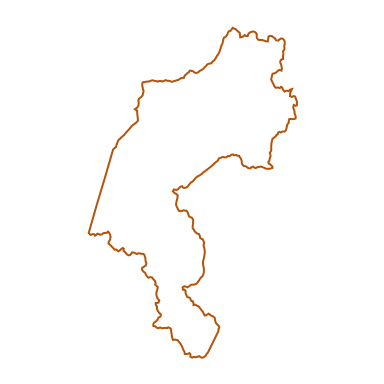 the district of Nova Venécia, Espírito Santo, Brazil, rotated 182°
{"feature_id": "56859067B73479400955028", "entity_name": "Nova Venécia", "entity_type": "district", "adm_level": 2, "iso_a3": "BRA", "parent_name": "Brazil", "parent_adm1": "Espírito Santo", "projection": "equal_earth", "projection_center": [-40.551, -18.657], "detail": "fine", "context": "isolated", "style": "outline", "palette": "amber", "viewbox_px": 384, "rotation_deg": 182, "n_neighbors": 0, "source": "geoboundaries", "source_scale": "gbopen_adm2", "svg_char_len": 6028}
<svg xmlns="http://www.w3.org/2000/svg" viewBox="0 0 384 384"><g transform="rotate(182 192 192)"><path d="M140.0,353.3L141.3,351.7L141.8,349.8L143.2,349.7L144.9,350.7L146.3,349.2L147.4,348.5L149.2,348.3L149.9,352.8L151.4,353.8L154.0,356.2L155.7,356.8L157.0,357.5L158.1,355.9L159.2,354.4L160.7,353.9L161.6,352.7L162.2,350.5L163.8,348.2L165.5,347.4L166.0,345.6L166.8,341.2L167.8,339.2L168.9,334.5L170.5,330.7L171.8,328.9L172.9,326.7L174.2,324.5L176.0,323.1L177.1,321.3L178.4,321.1L179.6,320.8L181.0,320.2L182.3,318.6L183.9,316.9L184.8,315.7L185.8,314.9L188.3,313.4L190.2,311.7L191.9,311.1L193.9,311.6L195.0,312.7L198.3,313.3L199.4,311.6L200.7,310.6L202.1,309.3L203.4,307.9L204.1,305.8L205.7,305.7L207.3,305.2L208.6,304.2L209.8,303.5L214.4,302.0L215.6,301.4L218.8,302.3L220.8,302.3L222.3,302.9L224.0,302.0L225.7,301.3L227.0,301.9L228.6,301.8L230.0,301.1L231.4,301.6L233.3,301.8L235.4,302.2L237.2,301.8L238.3,301.0L240.0,300.9L241.8,300.6L243.5,300.1L245.1,299.9L245.5,298.4L245.4,296.6L244.5,292.6L243.8,291.1L244.3,289.5L244.7,286.9L245.7,285.6L246.9,284.5L248.3,283.3L248.8,281.5L248.4,279.9L248.5,276.8L249.4,274.8L251.9,272.8L249.7,271.4L249.3,267.2L248.7,263.4L248.5,261.4L249.9,259.7L251.8,258.0L253.3,257.0L254.5,255.9L255.8,254.1L257.1,252.4L260.4,248.6L261.7,246.8L264.9,243.8L265.8,242.6L267.2,241.5L267.9,239.7L269.1,236.5L269.5,234.3L271.2,233.1L272.4,231.5L279.7,202.6L286.9,175.2L293.8,147.4L291.8,145.6L289.7,146.4L288.1,146.3L287.4,145.0L286.1,145.8L285.1,147.0L283.8,146.8L282.4,146.2L280.8,146.3L279.1,147.8L277.2,148.1L275.7,148.2L274.6,149.5L273.6,148.6L272.8,147.3L272.2,145.9L271.8,144.0L272.3,141.3L273.4,139.5L273.7,137.8L271.8,136.1L268.4,132.9L267.3,131.6L265.9,131.9L263.6,130.2L262.1,131.1L260.4,132.8L259.2,133.6L258.2,132.9L258.4,130.8L257.0,129.7L254.7,127.3L253.1,126.5L251.7,126.8L249.7,129.6L248.0,129.4L244.9,128.1L243.5,128.9L241.9,128.8L240.5,128.4L238.8,128.6L237.4,127.6L237.0,126.0L236.3,124.6L236.2,122.7L235.8,120.7L235.1,118.8L235.7,116.9L239.2,114.4L239.1,112.4L237.8,110.8L236.1,109.7L235.2,107.8L233.9,105.9L232.6,104.8L230.7,105.5L229.0,105.3L227.6,103.4L226.0,102.1L225.2,100.1L225.6,98.2L224.4,97.1L222.9,95.9L223.2,93.4L224.0,91.0L224.0,89.1L223.9,87.3L223.3,85.5L222.6,84.2L220.9,82.5L221.7,80.2L223.2,79.9L224.4,79.9L224.3,78.0L223.0,76.3L222.9,73.7L222.1,72.2L220.7,70.2L218.8,68.5L219.2,66.3L221.2,65.3L222.0,63.2L223.4,61.4L225.4,60.1L226.1,58.4L225.9,56.7L223.9,56.4L222.5,55.1L220.8,54.7L219.2,55.5L217.2,54.8L215.4,55.0L214.1,55.3L212.1,55.1L211.1,55.9L209.6,55.4L208.4,54.5L208.0,52.9L207.8,50.9L207.3,49.1L207.1,47.4L206.7,45.4L205.8,43.5L204.6,43.9L201.1,43.4L200.2,42.2L198.9,40.8L197.7,39.2L196.5,37.2L195.7,35.1L194.7,33.1L193.9,31.9L193.5,29.9L191.8,29.9L190.3,30.2L189.1,30.9L187.9,30.0L187.9,27.3L186.2,26.5L184.4,27.3L183.0,26.9L180.9,27.5L179.0,28.2L177.8,27.3L176.4,26.7L174.5,27.3L172.7,28.7L171.7,30.8L170.6,31.9L160.8,53.8L160.8,55.7L159.9,57.5L160.5,59.0L162.2,60.5L163.6,62.0L164.2,63.6L164.9,67.0L166.2,68.2L168.7,69.2L169.9,70.2L171.2,71.0L173.3,69.5L175.0,69.0L176.2,71.0L176.7,72.4L178.9,74.8L180.0,76.3L181.4,77.9L185.1,79.5L186.5,79.0L186.7,81.1L187.3,82.8L188.7,83.0L189.6,84.1L190.0,85.7L191.2,86.4L193.0,86.9L194.2,89.0L195.0,91.0L194.9,93.0L196.3,94.2L197.6,94.0L198.0,96.4L196.5,97.5L194.9,97.2L193.2,96.6L191.4,97.8L189.6,99.3L186.4,99.6L184.7,100.3L183.6,101.2L182.9,102.6L181.8,103.8L181.1,105.4L180.1,106.7L178.5,108.3L177.6,110.8L177.3,113.1L177.6,116.7L178.5,120.4L178.6,122.7L177.5,128.2L177.1,132.3L177.4,134.7L177.8,136.4L178.7,139.3L178.0,141.7L179.6,145.0L182.2,146.2L182.7,148.5L183.5,150.2L185.3,150.6L187.9,152.6L188.9,154.5L190.1,155.9L190.1,158.3L189.9,160.5L189.8,162.6L189.9,164.2L191.1,166.2L192.7,166.8L194.1,167.6L195.7,171.6L197.0,173.2L198.6,173.1L200.0,173.4L201.2,172.8L202.7,172.4L204.6,172.8L205.7,174.9L206.7,176.8L207.5,178.6L207.3,181.2L206.3,185.8L206.2,188.1L207.6,189.5L209.3,190.3L211.2,192.1L210.1,193.9L207.8,193.5L205.9,194.3L204.8,195.9L203.6,196.9L202.2,197.5L201.0,196.0L199.3,195.9L198.0,196.2L196.5,197.2L195.5,198.8L193.4,201.5L191.9,202.4L190.7,203.8L189.0,206.0L187.2,207.6L185.2,208.8L183.8,209.7L182.7,210.6L181.8,211.7L177.8,214.8L175.8,216.5L174.3,217.7L171.2,220.7L170.1,221.9L169.0,222.9L167.4,224.0L166.3,226.5L162.5,228.1L160.5,227.8L158.8,227.9L157.3,229.3L155.7,229.1L154.0,230.6L152.4,231.0L151.1,230.1L149.2,230.6L147.8,229.8L146.1,229.8L145.3,228.3L144.3,227.0L143.5,225.2L143.2,222.5L142.3,220.7L141.2,219.8L140.0,219.8L138.3,219.1L136.7,217.8L134.6,217.6L133.1,219.1L131.7,219.5L130.5,218.4L129.0,218.2L127.4,219.2L125.6,219.4L124.1,219.9L120.4,218.6L119.1,217.9L115.8,217.8L113.9,218.3L112.3,219.0L112.8,220.6L113.8,221.4L115.0,222.5L116.2,222.9L116.8,224.7L115.8,226.0L115.5,228.0L114.8,230.4L114.9,232.0L115.6,233.8L114.3,236.0L114.4,241.2L114.3,243.6L113.4,248.0L110.4,250.5L109.5,252.0L108.3,252.7L108.0,254.3L106.6,255.1L105.3,254.6L103.9,255.5L102.6,255.7L101.4,255.7L100.3,257.0L99.8,258.8L99.2,262.6L97.7,264.7L97.8,266.4L97.3,268.3L95.6,268.4L93.7,268.3L92.4,268.5L91.0,269.2L91.1,271.6L91.9,273.2L92.3,274.7L92.4,276.4L93.3,278.5L93.8,280.1L93.4,282.5L91.5,281.8L90.3,282.2L90.2,284.9L90.5,286.7L92.3,291.0L93.9,291.4L95.5,290.5L97.4,291.2L97.3,293.7L96.9,295.7L95.7,298.3L97.5,297.7L99.2,296.1L100.7,296.6L103.0,295.6L104.7,297.6L105.6,299.6L106.8,300.2L107.9,298.9L109.2,299.3L110.7,299.4L112.2,299.1L113.4,300.6L114.1,302.3L114.9,303.7L115.9,305.4L116.8,307.3L116.2,310.6L115.6,313.0L113.4,313.6L111.9,314.5L110.3,316.3L108.7,317.1L106.8,316.4L106.5,318.3L107.3,322.4L108.1,323.9L108.4,325.7L107.5,327.4L105.6,328.0L105.8,329.8L105.7,331.6L105.5,333.6L105.9,335.9L104.7,337.4L104.6,339.4L105.0,341.1L104.5,342.6L104.7,346.0L105.8,347.7L107.0,348.4L108.5,348.5L110.1,347.4L111.1,346.3L113.3,346.6L114.6,348.7L115.9,349.3L117.5,350.6L119.5,350.7L121.0,350.0L121.2,347.6L121.5,345.1L123.1,345.1L127.2,346.4L129.3,346.3L131.2,346.5L132.6,348.3L132.9,350.2L132.7,352.0L133.9,353.5L135.4,354.4L137.2,354.5L140.0,353.3Z" fill="none" stroke="#b45309" stroke-width="2"/></g></svg>